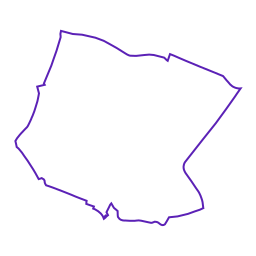 the district of Al Darb al-Ahmar, Al Qahirah, Egypt
{"feature_id": "37247803B66957331642315", "entity_name": "Al Darb al-Ahmar", "entity_type": "district", "adm_level": 2, "iso_a3": "EGY", "parent_name": "Egypt", "parent_adm1": "Al Qahirah", "projection": "natural_earth1", "projection_center": [31.261, 30.041], "detail": "fine", "context": "isolated", "style": "outline", "palette": "violet", "viewbox_px": 256, "rotation_deg": 0, "n_neighbors": 0, "source": "geoboundaries", "source_scale": "gbopen_adm2", "svg_char_len": 2751}
<svg xmlns="http://www.w3.org/2000/svg" viewBox="0 0 256 256"><path d="M15.4,141.0L16.2,144.5L16.7,147.0L17.8,147.9L18.0,148.1L18.6,148.6L22.0,152.7L24.3,156.1L27.6,160.7L30.1,164.6L33.2,169.4L35.4,173.1L38.7,179.1L41.0,178.4L41.7,178.1L42.8,178.8L43.7,179.3L44.5,180.5L44.6,181.2L44.7,182.1L44.8,182.7L45.2,183.8L45.7,184.6L46.1,185.3L48.9,186.2L52.6,187.5L61.8,191.0L68.4,193.6L71.4,194.8L75.4,196.5L80.0,198.3L86.6,200.8L86.4,202.4L86.3,203.9L90.3,205.3L93.9,206.5L93.5,207.7L93.2,208.6L95.0,209.3L98.1,211.2L100.8,213.5L102.3,215.4L103.0,216.6L103.9,218.8L105.5,217.5L105.0,216.3L105.0,216.2L105.7,215.6L105.9,216.0L106.2,216.6L108.0,215.2L106.5,212.2L109.2,206.8L110.2,204.7L111.3,203.4L113.8,207.7L114.5,208.4L115.3,209.0L117.6,211.0L117.7,214.3L117.8,216.0L118.0,217.0L119.4,218.8L120.1,219.3L120.9,219.8L122.8,220.4L123.9,220.5L124.9,220.5L129.9,220.8L130.7,220.8L131.5,220.8L132.5,220.8L133.3,220.8L134.0,220.8L134.7,220.8L136.3,220.6L137.5,220.5L138.6,220.4L141.1,220.7L148.0,222.2L150.9,222.8L151.9,222.8L152.4,222.6L153.0,222.4L154.8,221.7L156.9,222.0L158.4,222.7L159.2,223.4L160.7,224.5L162.2,225.1L163.6,225.0L164.9,224.3L167.1,220.7L169.0,217.3L177.6,216.4L182.1,215.3L187.9,213.9L194.8,211.4L199.9,209.7L203.3,208.1L203.2,207.8L203.2,207.4L202.6,202.5L202.5,201.8L202.3,201.2L202.2,200.5L202.0,199.9L201.8,199.3L201.6,198.7L201.4,198.1L201.2,197.5L200.9,196.8L200.7,196.2L200.5,195.6L200.2,195.0L199.9,194.4L199.7,193.9L199.4,193.3L199.1,192.7L198.8,192.2L198.4,191.5L196.2,188.4L191.3,181.1L185.6,173.1L184.8,171.7L184.5,171.0L184.2,170.3L183.9,169.6L183.8,168.8L183.6,168.1L183.6,167.5L183.6,166.9L183.6,166.1L183.8,165.4L183.9,164.6L184.1,164.0L184.4,163.3L184.7,162.6L185.1,162.0L188.4,157.8L202.4,140.0L215.8,123.2L226.1,109.1L235.1,96.4L235.9,95.2L236.7,94.0L240.6,88.4L239.4,88.5L238.7,88.4L238.0,88.4L237.3,88.2L236.6,88.1L235.9,87.9L235.2,87.7L234.5,87.4L233.9,87.1L233.2,86.8L232.6,86.4L232.0,86.0L231.4,85.5L230.9,85.0L230.3,84.6L229.8,84.0L229.4,83.5L228.1,82.0L227.5,81.3L226.8,80.6L223.1,76.1L210.2,70.8L200.0,66.7L185.8,60.8L178.8,57.8L173.8,55.6L170.0,54.1L167.7,60.8L166.7,60.1L166.2,59.6L165.9,59.3L164.9,58.3L164.1,57.6L162.9,57.3L153.8,55.0L149.2,54.6L144.5,55.0L136.0,55.9L130.5,55.7L129.8,55.6L129.1,55.4L127.3,54.6L126.3,54.0L125.3,53.4L116.5,47.9L109.9,44.2L103.7,40.8L95.4,37.7L82.1,34.7L72.8,34.0L61.0,30.9L60.4,33.9L60.5,35.3L60.6,35.6L60.6,37.3L56.5,50.8L53.6,59.0L51.3,65.7L43.9,83.5L44.3,84.1L44.7,84.8L37.2,86.6L39.0,93.5L38.8,94.2L38.7,94.9L38.0,98.5L37.7,99.9L37.4,101.3L35.6,107.2L34.3,111.3L32.6,115.7L31.6,117.9L31.2,119.0L30.7,120.1L29.0,123.7L27.9,125.9L27.0,127.2L25.2,129.0L23.4,130.9L22.6,131.8L21.7,132.7L19.9,134.7L17.1,138.2L15.4,141.0Z" fill="none" stroke="#5b21b6" stroke-width="2"/></svg>